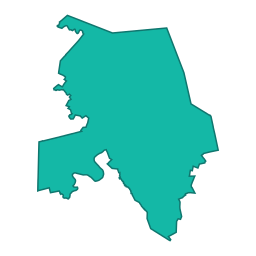 Gaujienas pag., Apes, Latvia
{"feature_id": "27541924B78373668882921", "entity_name": "Gaujienas pag.", "entity_type": "district", "adm_level": 2, "iso_a3": "LVA", "parent_name": "Latvia", "parent_adm1": "Apes", "projection": "orthographic", "projection_center": [26.394, 57.508], "detail": "fine", "context": "isolated", "style": "filled", "palette": "teal", "viewbox_px": 256, "rotation_deg": 0, "n_neighbors": 0, "source": "geoboundaries", "source_scale": "gbopen_adm2", "svg_char_len": 5390}
<svg xmlns="http://www.w3.org/2000/svg" viewBox="0 0 256 256"><path d="M169.5,240.4L170.1,240.6L170.7,239.6L168.4,236.5L176.2,232.3L176.6,221.3L178.2,218.8L180.5,219.3L181.1,217.8L181.6,216.7L181.6,216.4L180.0,209.1L179.9,208.5L179.8,206.5L180.0,202.8L180.0,202.0L179.5,200.8L178.6,199.2L182.2,197.7L182.5,197.7L183.5,196.5L185.6,195.0L185.1,194.5L185.7,193.7L186.8,193.4L188.0,192.8L188.3,192.7L189.2,192.8L189.7,192.6L194.9,193.1L192.0,187.5L191.5,187.3L191.2,185.6L191.2,185.1L191.7,183.8L192.3,182.1L193.5,179.3L194.3,177.1L194.8,176.1L189.3,176.2L189.7,174.3L190.0,172.1L190.4,170.3L192.3,170.7L193.2,166.2L197.9,168.0L199.4,164.1L204.8,162.9L205.4,160.8L205.5,160.8L204.2,158.9L203.3,157.9L201.4,155.3L201.6,155.1L202.6,154.6L203.0,154.3L203.5,153.5L210.4,151.8L218.2,150.2L214.8,134.1L213.4,128.1L213.0,125.8L212.9,125.4L210.9,116.1L211.0,116.2L191.0,103.9L183.9,72.7L166.7,28.0L112.5,33.0L67.4,15.4L59.9,21.8L59.5,22.0L59.6,23.0L58.8,25.0L58.4,25.6L57.6,25.4L57.4,25.5L57.2,26.1L57.6,26.7L58.8,27.3L61.9,28.3L63.8,26.7L64.8,26.3L65.2,25.9L66.1,25.6L66.9,25.8L67.4,26.3L68.4,28.1L69.4,29.8L70.0,29.9L70.8,29.7L71.2,29.8L71.8,30.3L72.5,30.6L74.3,29.2L74.8,29.2L75.2,29.5L75.3,30.8L75.6,31.6L76.6,32.9L77.0,33.4L77.3,33.5L77.5,33.5L77.9,33.3L78.4,32.9L79.3,30.9L79.6,30.4L80.0,30.1L80.3,30.0L80.8,30.1L82.0,30.7L82.5,31.1L82.7,31.5L82.7,32.2L82.7,32.6L82.9,33.0L83.3,33.7L83.7,34.0L78.5,40.7L72.8,47.0L71.5,48.4L68.6,51.7L65.7,54.7L65.8,55.1L64.2,56.6L60.4,60.8L58.7,72.2L58.8,72.3L58.6,73.2L60.3,74.1L62.8,75.1L65.4,76.8L65.4,77.3L64.9,78.8L64.2,79.4L66.4,81.0L65.8,81.6L63.8,84.3L62.5,86.7L62.3,86.8L60.2,85.7L58.5,84.6L57.2,85.5L54.2,88.0L53.7,88.5L54.1,89.9L55.0,89.8L55.8,90.4L56.6,90.3L57.1,89.7L59.1,90.1L59.7,90.1L61.7,89.6L62.3,89.9L63.2,89.6L63.9,90.3L66.1,93.0L66.5,94.3L67.7,95.1L69.4,94.2L70.8,95.5L69.4,97.1L71.0,99.3L70.4,99.7L68.8,100.5L66.1,105.6L69.3,106.7L68.7,107.6L68.0,108.4L70.5,109.7L71.7,113.9L71.8,113.9L71.5,114.3L71.1,114.5L70.3,114.6L69.8,114.8L69.6,115.0L69.3,115.7L69.2,115.9L68.8,116.1L69.5,117.7L70.9,119.1L72.0,118.9L73.1,119.0L74.0,117.6L74.7,116.2L75.3,115.0L80.2,115.9L80.3,116.2L81.4,117.1L82.2,118.1L85.9,115.7L88.7,118.1L87.7,122.8L86.7,125.1L86.0,127.2L83.1,127.4L80.8,130.4L81.7,131.3L54.5,138.2L43.0,141.0L42.6,140.9L42.6,141.0L39.0,141.9L38.7,152.6L38.1,178.2L38.0,180.3L37.8,190.9L38.8,190.5L49.2,187.8L50.5,192.7L59.2,191.0L60.0,192.6L60.0,192.9L60.2,193.0L60.1,193.3L60.4,193.9L60.8,194.3L61.1,193.9L61.4,193.8L61.8,193.9L62.5,194.4L63.2,195.0L63.3,195.4L63.3,195.7L63.0,196.5L63.0,196.9L63.1,197.3L63.3,197.6L64.0,198.0L64.4,198.1L65.3,198.0L66.3,198.1L66.7,198.1L67.2,198.4L67.8,198.8L68.4,198.9L68.5,198.8L68.7,198.6L68.9,198.2L69.2,197.7L69.6,197.5L69.6,197.4L69.8,196.3L70.0,195.9L70.0,194.6L70.1,194.2L70.4,193.7L71.2,192.9L71.6,192.5L72.1,191.8L72.7,191.4L73.4,191.2L74.2,190.8L76.0,190.4L77.3,189.4L77.7,188.8L77.7,188.5L77.7,188.1L77.5,187.9L77.4,187.7L77.5,187.5L77.5,187.3L77.3,187.1L76.5,187.2L74.9,187.2L74.2,187.0L73.6,186.8L73.3,186.4L73.1,186.2L73.0,185.7L73.8,185.0L74.2,184.6L74.4,184.1L75.1,182.8L75.4,181.6L75.5,181.1L75.5,180.5L75.4,180.1L75.3,179.7L75.0,179.3L74.0,178.1L73.6,177.7L72.9,176.7L72.6,176.2L72.5,175.8L72.4,175.3L72.4,174.8L72.5,174.4L72.8,174.1L73.1,173.8L74.0,173.1L74.5,172.9L75.5,172.9L76.7,173.3L83.2,174.9L84.7,174.8L86.4,174.8L86.8,174.8L87.7,175.1L88.1,175.3L89.2,176.1L89.9,176.6L90.5,176.9L91.1,177.3L92.9,179.1L94.6,180.9L95.3,181.2L95.7,181.2L97.4,180.8L98.8,180.3L99.5,179.9L100.9,178.8L101.6,178.4L102.6,177.4L102.9,176.8L103.0,176.3L103.4,175.0L103.6,174.3L103.6,173.7L103.3,171.7L102.8,170.4L102.4,169.8L101.0,168.6L99.7,167.4L98.5,165.8L97.3,164.6L95.3,162.4L94.9,161.9L94.5,161.4L94.3,160.8L94.1,159.7L94.1,159.1L94.2,158.1L94.4,157.6L94.7,157.1L95.1,156.7L97.4,154.7L98.7,153.9L99.2,153.6L99.8,153.3L101.1,152.8L101.6,152.6L103.1,151.4L104.1,150.3L104.7,150.0L106.2,149.7L106.2,150.1L107.2,151.9L109.5,158.2L111.7,159.6L108.5,162.7L108.2,163.3L107.3,163.9L112.1,168.4L117.7,169.0L117.7,169.3L117.8,169.8L118.6,172.0L118.7,172.3L118.7,172.5L119.2,173.0L119.7,173.3L119.8,173.2L119.8,173.4L119.8,173.5L119.9,174.2L119.9,174.5L119.6,175.3L119.7,175.6L119.7,175.8L119.9,176.0L120.0,176.3L120.0,176.5L120.2,176.8L120.3,177.0L120.1,177.1L119.9,177.2L119.9,177.3L119.7,177.4L119.8,177.5L119.5,177.6L119.4,177.6L119.5,177.8L119.3,177.8L119.3,178.2L119.4,178.3L119.5,178.7L119.7,178.9L119.9,178.8L120.0,178.6L120.4,178.8L120.5,178.7L120.8,179.0L121.0,178.9L121.2,179.1L121.5,179.6L121.7,180.1L122.0,180.7L122.3,180.9L122.7,181.0L122.8,181.1L122.8,181.4L122.8,181.5L123.1,181.6L123.2,181.9L123.4,181.9L123.6,182.1L123.7,182.4L123.5,182.9L123.5,183.3L123.7,183.6L124.4,184.1L124.6,184.6L124.8,184.7L124.7,185.1L124.8,185.1L125.0,185.0L125.3,185.2L125.5,185.1L125.3,185.3L125.3,185.7L125.8,185.5L126.0,185.7L126.1,185.8L126.3,186.1L126.2,186.0L126.1,186.3L126.1,186.6L126.6,186.7L126.7,186.8L126.8,186.9L127.1,186.9L127.4,187.0L127.6,186.9L127.8,187.1L128.0,187.1L128.4,187.5L128.5,187.9L128.7,188.0L128.8,188.0L129.4,188.4L129.6,188.7L129.7,189.3L130.0,189.6L130.8,190.8L130.7,191.1L131.1,192.1L131.0,193.3L131.2,193.6L132.0,193.6L132.2,193.9L132.3,194.3L132.2,194.8L133.6,197.4L135.0,200.2L139.4,202.5L139.8,203.4L141.2,205.3L141.4,206.0L141.7,206.3L144.3,209.4L144.4,209.1L145.1,209.9L147.3,212.3L147.1,218.6L150.7,228.6L169.5,240.4Z" fill="#14b8a6" stroke="#0f766e" stroke-width="1.5"/></svg>